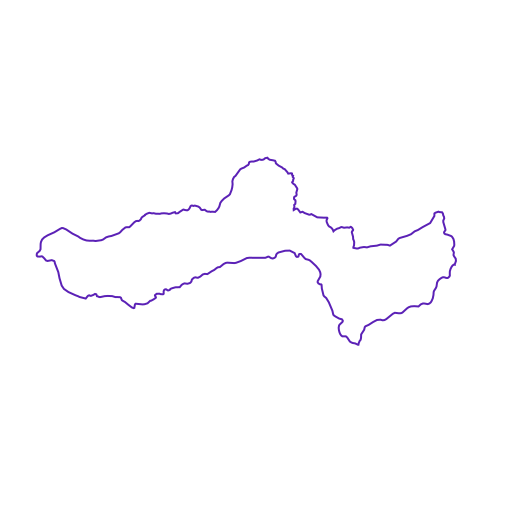 outline of Nimaima, Cundinamarca, Colombia, rotated 233°
{"feature_id": "7082276B59131277031860", "entity_name": "Nimaima", "entity_type": "district", "adm_level": 2, "iso_a3": "COL", "parent_name": "Colombia", "parent_adm1": "Cundinamarca", "projection": "orthographic", "projection_center": [-74.388, 5.135], "detail": "fine", "context": "isolated", "style": "outline", "palette": "violet", "viewbox_px": 512, "rotation_deg": 233, "n_neighbors": 0, "source": "geoboundaries", "source_scale": "gbopen_adm2", "svg_char_len": 6132}
<svg xmlns="http://www.w3.org/2000/svg" viewBox="0 0 512 512"><g transform="rotate(233 256 256)"><path d="M136.0,279.8L131.2,279.5L129.6,280.1L128.3,280.9L126.5,282.6L123.8,284.0L123.5,284.4L124.6,285.6L125.8,287.7L126.1,289.1L127.4,290.6L130.1,292.8L132.0,298.0L133.7,300.0L134.0,301.1L133.2,304.5L132.8,309.8L132.1,314.1L130.3,317.0L128.4,318.5L127.5,320.1L127.2,322.1L127.5,330.5L127.1,332.7L124.3,335.6L123.1,337.3L122.7,338.8L123.3,345.2L123.2,347.1L122.5,349.4L120.7,352.2L117.9,355.4L118.2,358.5L117.6,360.8L116.5,362.1L114.2,364.2L113.7,365.9L113.8,367.7L114.4,369.2L115.8,371.7L118.1,374.3L120.3,376.2L121.0,377.2L122.2,380.4L123.0,381.8L125.8,384.6L126.7,386.4L127.0,388.6L126.9,391.1L126.5,392.6L125.4,393.8L124.0,394.7L123.2,395.7L123.0,396.4L123.2,398.1L123.7,399.0L125.9,400.6L127.2,401.7L128.6,403.6L129.6,405.6L130.1,407.2L130.1,408.8L129.4,409.5L129.7,409.7L131.7,412.7L133.7,413.9L136.5,414.0L137.9,414.3L139.7,416.1L140.5,416.4L143.3,416.7L144.8,420.3L145.6,421.1L148.3,422.9L150.7,423.9L152.7,424.1L153.7,424.1L154.6,423.8L157.9,421.7L159.5,420.3L160.4,420.0L161.1,420.1L161.7,420.4L162.1,421.1L162.6,422.8L163.3,423.3L170.4,426.0L171.6,426.9L172.7,428.9L174.1,429.7L175.7,430.0L177.4,430.8L178.9,430.9L180.8,428.8L181.6,428.4L182.6,425.3L182.6,424.1L180.6,422.5L177.5,414.9L178.8,406.4L179.3,401.0L180.2,397.6L180.1,392.9L181.2,388.7L183.9,381.6L184.1,380.1L183.2,376.6L183.7,369.2L185.7,367.8L190.2,362.3L191.5,358.8L194.8,353.3L196.1,349.8L197.7,348.2L198.5,347.1L200.1,344.0L200.5,342.3L201.2,341.1L203.9,338.7L204.4,339.0L205.5,340.7L208.0,342.8L209.7,343.5L210.9,343.7L213.0,345.1L217.3,346.8L217.9,347.5L218.0,348.7L218.4,349.3L220.4,349.7L221.7,349.5L222.3,349.2L222.5,347.5L224.0,346.0L225.6,343.3L227.6,341.8L227.9,341.2L228.2,339.3L229.0,337.2L229.3,334.2L229.1,332.7L231.0,333.2L232.6,333.2L234.1,332.9L235.5,332.2L236.9,332.1L238.1,332.3L240.5,332.9L241.5,333.4L242.2,334.0L243.1,335.7L243.6,335.9L243.9,335.8L245.9,333.1L250.0,328.2L256.2,325.4L256.5,324.0L257.0,323.3L261.0,320.7L263.3,319.8L264.1,317.6L268.0,317.6L269.2,317.2L269.8,315.9L270.0,313.8L271.1,314.5L271.9,316.1L273.8,317.2L274.0,318.8L276.0,320.6L276.9,321.0L278.0,320.7L278.7,320.7L279.8,321.6L280.2,322.3L279.9,324.1L280.1,324.8L280.6,325.4L282.3,326.3L284.6,329.3L285.3,329.6L289.6,329.9L291.0,329.3L293.0,329.1L293.2,329.3L293.6,330.8L294.6,331.6L295.2,332.8L295.9,333.1L297.0,332.9L297.5,333.2L297.8,333.9L299.1,333.6L300.2,334.4L301.0,333.8L302.4,331.3L304.0,331.5L308.1,331.2L309.3,330.4L311.1,330.1L314.5,328.5L317.7,327.7L318.2,327.7L319.3,328.3L320.6,328.5L322.3,327.1L324.6,324.9L326.2,324.3L327.6,324.3L328.6,322.2L328.5,320.4L328.8,319.3L329.7,317.9L331.1,317.0L331.6,314.3L332.2,312.7L332.8,311.1L334.3,309.0L335.0,307.5L334.9,306.8L333.8,305.6L333.4,304.5L333.7,303.1L333.8,299.8L334.6,296.9L334.7,295.5L332.3,287.8L332.3,286.1L331.3,283.9L329.9,282.1L327.4,280.5L325.1,278.3L323.4,276.2L321.0,272.3L320.8,270.8L321.1,265.2L320.6,261.7L319.9,259.5L317.6,256.5L316.9,255.1L316.1,252.5L315.8,249.9L317.8,247.6L318.7,246.1L319.7,245.4L320.2,244.5L320.9,243.9L321.6,243.5L323.8,242.9L325.1,240.6L325.8,240.1L328.6,240.2L330.3,239.6L332.7,237.8L333.2,237.3L333.6,236.2L334.9,235.2L335.2,234.4L335.2,233.8L334.0,231.4L333.7,230.2L333.7,229.2L333.9,228.5L335.5,226.9L336.7,226.1L336.9,225.6L337.2,221.2L337.1,219.8L337.2,219.3L338.3,217.6L339.1,217.5L339.8,217.7L340.7,215.5L341.2,213.4L342.0,211.7L343.4,210.6L345.4,208.4L346.9,206.2L347.5,204.7L350.1,201.4L351.8,200.0L352.6,198.6L354.7,196.8L355.4,194.5L355.7,192.2L355.4,191.9L355.6,188.5L355.3,187.3L354.6,186.1L354.4,184.2L354.7,183.1L355.5,182.3L356.1,181.1L356.2,179.2L355.3,173.2L355.3,172.1L356.8,170.1L357.4,168.9L357.3,165.0L356.7,161.8L356.7,160.1L359.0,152.6L360.2,150.2L361.1,147.6L361.2,143.8L361.7,142.0L364.5,136.9L366.2,135.2L368.4,132.2L370.5,129.9L373.2,128.0L376.4,126.4L378.5,125.8L384.3,122.9L391.4,120.4L394.4,118.7L395.2,117.8L395.6,115.9L396.3,109.2L397.9,102.1L398.3,98.0L397.9,95.1L396.6,92.7L395.3,91.3L391.1,88.0L390.3,86.4L390.0,82.8L389.4,82.0L388.2,81.1L387.4,81.1L387.0,81.3L385.6,83.0L384.7,84.7L384.1,85.1L381.5,85.5L378.8,85.6L377.5,86.5L375.6,90.4L373.4,91.8L372.3,91.6L371.2,91.0L362.1,88.4L356.5,85.7L349.3,83.0L345.3,82.8L340.1,84.5L333.3,88.2L330.6,89.9L329.6,90.3L324.5,94.4L325.3,97.6L325.2,98.6L324.7,99.4L324.0,99.6L323.5,100.2L322.8,102.7L322.6,104.6L321.5,105.4L319.6,104.8L318.6,105.6L317.5,106.1L316.9,106.9L315.0,111.0L313.3,113.6L310.5,117.0L307.9,118.9L305.1,122.5L304.0,123.0L301.5,122.3L300.8,122.5L298.0,123.7L294.2,124.6L289.6,125.9L288.0,126.9L287.8,127.6L290.2,130.2L290.3,131.2L285.5,136.4L284.5,138.1L283.5,140.9L283.9,144.6L283.4,145.4L283.0,148.1L282.9,150.7L283.1,151.1L283.6,151.3L285.1,151.4L285.5,151.7L285.6,153.9L284.0,156.2L283.0,156.8L281.8,158.2L281.4,158.7L281.3,159.2L281.6,159.7L283.3,160.9L283.8,161.6L284.1,162.1L284.1,163.2L283.6,164.1L281.5,164.9L281.2,165.4L280.8,166.7L281.2,167.9L280.7,169.7L279.5,172.8L277.0,176.3L277.7,179.3L277.5,181.3L277.1,182.5L275.1,184.5L274.2,186.9L274.2,187.7L274.5,189.0L275.8,190.7L276.0,193.2L275.5,194.7L273.8,196.2L273.5,196.7L273.1,199.2L273.3,202.3L272.6,204.3L270.8,206.3L270.5,211.4L270.0,214.2L270.1,217.3L269.9,218.8L268.9,220.5L269.1,225.3L268.7,227.6L268.0,229.0L263.4,234.4L262.6,235.9L261.1,240.9L259.9,247.4L258.7,249.5L249.8,261.2L248.9,262.5L248.2,265.3L247.8,265.8L245.2,266.8L243.9,267.9L243.4,269.6L243.4,270.7L243.7,271.5L245.0,273.1L245.3,274.1L245.3,276.0L242.7,282.4L240.0,286.2L235.1,288.6L232.0,287.8L231.1,287.9L230.7,288.1L230.1,289.1L230.1,289.6L231.3,291.1L231.5,291.8L231.1,292.5L230.4,293.2L225.4,293.5L223.7,293.8L221.3,295.7L220.2,296.3L217.7,296.9L211.9,297.9L207.1,298.1L204.4,297.5L202.6,296.6L200.9,295.0L198.8,290.2L198.1,289.5L196.6,289.3L194.8,290.1L194.1,291.0L193.5,291.0L190.4,289.0L183.9,286.2L182.7,286.2L180.2,286.8L175.2,286.3L166.4,284.1L162.6,282.4L161.5,282.5L160.0,283.0L155.9,284.8L153.8,286.5L152.9,286.5L151.9,286.3L151.3,285.3L150.9,281.5L150.5,280.5L148.9,278.8L146.9,277.6L144.7,276.7L143.1,276.3L141.3,276.2L139.9,276.6L137.8,279.4L136.0,279.8Z" fill="none" stroke="#5b21b6" stroke-width="2"/></g></svg>